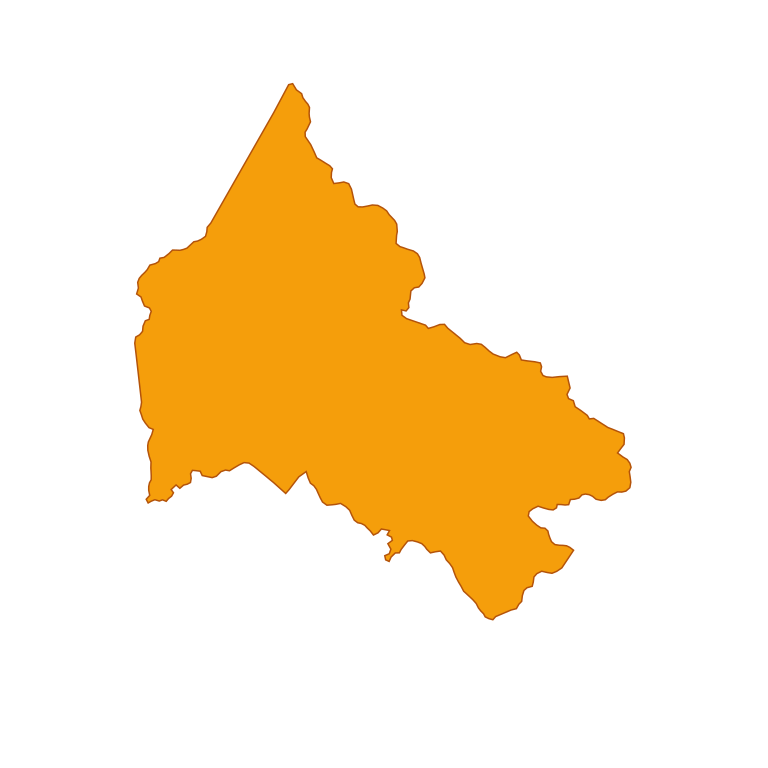 Miranorte, Tocantins, Brazil (Mercator projection), rotated 119°
{"feature_id": "56859067B32280550150304", "entity_name": "Miranorte", "entity_type": "district", "adm_level": 2, "iso_a3": "BRA", "parent_name": "Brazil", "parent_adm1": "Tocantins", "projection": "mercator", "projection_center": [-48.669, -9.394], "detail": "fine", "context": "isolated", "style": "filled", "palette": "amber", "viewbox_px": 768, "rotation_deg": 119, "n_neighbors": 0, "source": "geoboundaries", "source_scale": "gbopen_adm2", "svg_char_len": 4347}
<svg xmlns="http://www.w3.org/2000/svg" viewBox="0 0 768 768"><g transform="rotate(119 384 384)"><path d="M168.4,612.5L199.9,612.0L327.2,613.5L332.7,614.6L336.7,612.8L341.4,611.7L346.0,613.9L349.4,616.4L351.8,619.3L356.1,620.7L360.7,622.2L363.5,624.6L366.0,627.3L367.7,630.7L369.4,633.9L374.2,635.3L379.9,637.7L382.6,641.0L386.2,640.4L389.5,642.3L393.5,646.4L398.7,646.5L402.0,647.2L406.5,648.6L410.3,649.3L414.5,648.7L419.2,645.3L425.2,644.0L425.7,638.7L428.5,635.6L431.9,631.3L431.2,626.0L433.3,622.8L437.5,622.1L441.3,620.7L444.4,623.4L450.2,622.8L455.0,620.7L459.5,621.6L463.3,623.9L469.1,621.8L478.4,615.1L517.5,587.2L521.5,585.7L525.5,584.7L528.5,581.3L531.7,577.9L533.9,573.7L536.1,568.4L535.6,563.8L540.8,562.6L549.0,562.0L552.4,560.8L556.5,558.4L561.0,554.4L565.1,550.0L570.5,547.2L573.5,545.3L577.1,543.1L580.6,541.2L584.1,541.2L587.7,540.1L591.0,538.3L595.0,534.9L600.1,536.1L602.4,532.6L599.4,530.8L596.3,528.3L595.3,523.8L592.7,521.6L592.2,517.6L588.6,516.9L585.1,515.4L581.2,515.4L579.5,519.0L573.1,516.9L574.2,512.0L569.6,510.3L567.0,507.5L564.0,505.5L560.0,506.9L556.3,509.7L552.4,509.7L550.9,506.3L549.4,502.5L552.2,498.6L550.5,493.1L549.2,488.9L545.9,485.9L539.7,484.1L536.1,480.9L534.8,477.1L530.1,474.5L524.7,471.3L520.6,468.3L518.6,463.7L519.1,457.9L519.7,454.5L520.6,449.7L521.9,442.5L522.9,437.4L523.7,433.0L527.4,416.9L522.3,415.8L506.5,413.5L498.3,409.6L502.9,404.8L506.4,400.3L507.0,396.0L508.9,392.0L511.7,388.3L514.5,384.5L517.0,380.6L517.7,375.2L514.9,371.0L512.7,367.9L509.5,364.1L509.8,357.8L511.1,352.8L514.4,348.5L517.5,344.0L518.1,339.7L517.0,336.2L516.9,332.3L518.1,328.7L519.1,324.9L521.2,320.0L517.1,317.1L512.1,316.0L510.7,311.9L509.5,308.1L514.4,308.1L514.3,303.2L516.7,300.9L521.8,303.2L525.1,297.9L529.9,297.1L533.8,300.1L537.0,297.3L536.7,293.5L531.9,293.9L526.3,292.2L524.2,288.7L520.5,288.8L514.9,288.0L509.8,287.1L507.2,283.3L505.9,278.2L505.3,273.6L506.3,269.6L507.8,266.5L509.2,261.5L505.9,257.8L502.7,253.6L504.5,248.5L507.6,244.3L509.2,239.5L511.4,235.0L514.5,231.6L518.0,227.5L521.0,222.9L523.6,218.4L526.6,213.9L528.2,207.2L529.6,201.7L531.3,196.9L534.1,192.8L535.6,189.3L536.7,185.5L538.6,182.6L538.4,178.6L537.4,174.5L533.3,173.6L520.1,163.3L516.3,159.3L511.3,159.3L507.4,158.2L502.0,160.4L496.7,161.5L492.8,160.1L489.1,156.3L484.9,157.4L480.1,159.3L475.8,158.4L471.3,155.3L469.7,149.7L468.1,145.3L464.1,142.1L458.6,139.3L437.5,137.6L436.8,142.3L437.0,145.9L438.4,149.3L440.0,152.4L441.6,156.7L440.7,161.1L438.2,164.3L435.7,167.1L433.1,169.4L432.1,173.3L433.8,177.1L433.4,182.0L432.1,187.7L429.5,193.8L425.3,195.2L421.0,193.4L416.2,190.0L415.1,184.3L413.8,179.0L412.1,175.0L408.7,173.1L405.4,174.1L403.5,170.5L402.0,166.9L400.0,164.0L394.7,165.0L392.3,161.4L389.2,158.2L384.9,157.1L382.6,154.5L381.3,150.8L381.1,147.1L382.0,142.7L380.5,137.6L377.9,134.3L374.2,133.0L369.3,130.3L365.2,127.5L363.2,123.6L360.4,120.5L355.5,118.7L350.3,120.5L345.8,123.8L341.7,127.0L337.1,127.5L334.1,130.6L332.2,134.6L332.0,139.7L331.1,146.3L326.2,145.7L320.4,144.8L314.6,147.6L311.4,150.5L312.2,157.0L312.8,162.2L313.5,167.1L312.4,183.9L315.0,187.5L312.9,191.0L311.8,198.9L311.2,205.8L306.8,210.3L307.3,215.5L304.4,218.9L297.3,219.3L288.3,227.5L292.6,234.3L296.7,240.1L299.1,245.6L299.5,249.1L296.9,253.2L292.6,254.5L289.8,257.5L291.5,263.0L294.4,270.1L296.4,275.5L293.0,279.7L291.9,283.3L296.1,286.4L302.1,290.5L303.9,295.6L304.9,303.0L304.2,308.1L303.0,313.0L302.1,318.1L303.6,322.5L307.7,327.8L308.8,333.5L307.1,339.5L304.3,355.3L302.5,360.0L304.9,364.0L309.8,368.1L313.9,372.2L312.4,376.2L315.9,396.0L315.2,401.6L310.7,404.7L309.4,400.1L305.1,399.3L301.2,402.0L297.1,402.4L289.6,405.6L285.1,404.1L282.3,400.6L277.5,399.5L271.3,399.7L268.5,402.0L260.4,410.1L256.1,414.1L253.9,417.9L253.4,422.8L254.7,428.7L255.4,433.1L256.1,436.6L255.2,441.6L247.8,445.1L244.2,446.3L238.0,450.4L235.8,454.0L233.4,461.6L231.3,465.6L230.7,470.3L230.8,476.0L233.1,481.0L236.2,484.5L239.5,488.5L241.6,492.5L240.7,496.7L237.5,499.7L229.4,506.9L225.9,512.0L226.8,517.1L229.8,520.7L233.0,525.1L229.1,530.2L224.4,532.5L220.8,533.4L219.4,537.3L219.2,542.7L218.9,547.8L218.8,552.5L215.1,557.3L210.2,564.1L205.8,572.8L202.0,575.1L198.3,574.9L190.3,575.4L186.5,578.8L183.6,580.7L178.3,583.2L176.2,586.2L174.9,589.7L172.9,593.8L170.0,596.8L169.2,603.2L165.6,609.5L168.4,612.5Z" fill="#f59e0b" stroke="#b45309" stroke-width="1.5"/></g></svg>